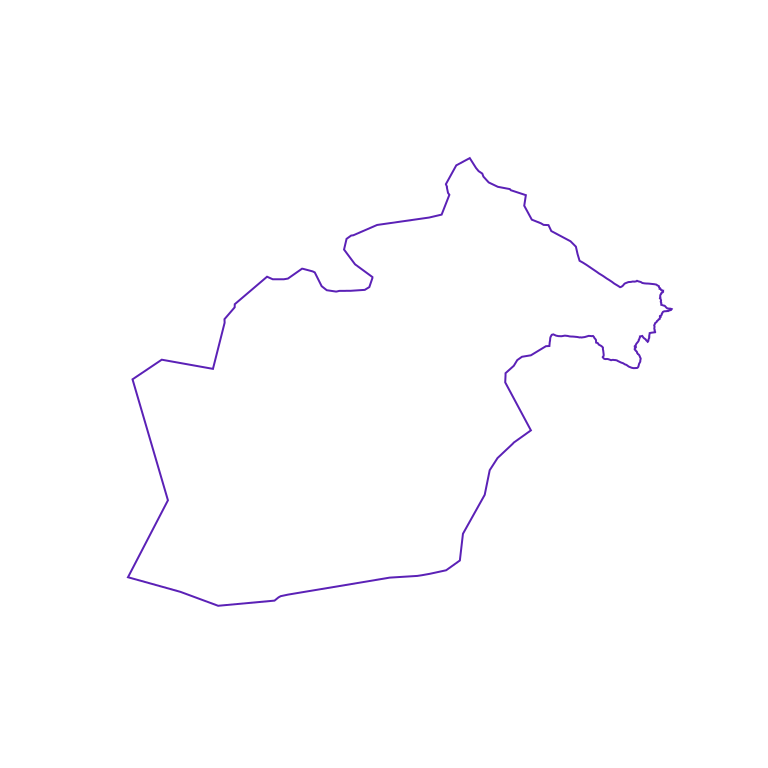 outline of Atiba, Oyo, Nigeria, rotated 255°
{"feature_id": "59680162B537197556674", "entity_name": "Atiba", "entity_type": "district", "adm_level": 2, "iso_a3": "NGA", "parent_name": "Nigeria", "parent_adm1": "Oyo", "projection": "natural_earth1", "projection_center": [3.938, 8.041], "detail": "fine", "context": "isolated", "style": "outline", "palette": "violet", "viewbox_px": 768, "rotation_deg": 255, "n_neighbors": 0, "source": "geoboundaries", "source_scale": "gbopen_adm2", "svg_char_len": 5769}
<svg xmlns="http://www.w3.org/2000/svg" viewBox="0 0 768 768"><g transform="rotate(255 384 384)"><path d="M203.1,222.2L205.2,226.9L205.8,229.3L205.4,236.8L195.5,339.4L190.0,366.5L189.5,371.0L188.8,379.2L188.0,395.8L193.9,411.6L218.9,421.5L250.9,452.6L273.4,463.8L283.1,474.5L293.2,493.3L293.8,494.1L301.2,513.9L354.2,501.5L360.8,503.6L363.0,504.2L368.0,514.1L372.6,518.9L374.6,524.3L373.7,533.3L378.6,550.2L377.9,553.6L381.5,554.9L382.9,555.6L385.4,556.5L386.5,557.2L388.1,558.8L388.1,560.4L386.2,562.7L385.1,564.9L384.2,567.8L383.9,571.2L382.9,573.8L381.8,575.9L380.8,579.1L379.4,582.8L378.3,585.1L378.2,586.0L377.8,586.8L377.4,590.0L377.5,594.2L376.7,596.5L376.5,596.8L376.3,598.3L375.2,598.9L373.8,599.2L372.9,599.7L371.8,600.1L370.9,600.0L370.0,599.8L369.1,599.6L368.2,601.0L367.5,601.4L366.7,601.5L366.0,602.1L365.6,602.6L364.5,603.7L363.5,604.4L362.6,604.9L360.7,604.4L359.6,604.4L356.2,603.9L355.0,603.7L354.5,603.4L354.2,603.3L353.5,602.3L353.3,602.2L351.6,603.0L351.1,603.6L350.6,604.8L350.5,605.9L349.9,607.1L349.1,608.3L348.2,609.5L348.2,610.7L348.0,611.6L347.6,612.5L347.2,613.7L346.5,615.1L345.8,615.7L344.7,617.0L343.4,618.5L342.2,620.3L340.4,622.0L340.1,622.6L339.5,623.3L337.5,624.9L335.6,627.4L334.7,629.2L334.0,632.5L334.1,633.1L334.7,634.0L335.6,634.6L337.3,635.5L338.2,636.3L339.1,637.2L340.0,637.6L340.6,637.7L341.1,638.0L342.0,638.5L342.6,638.5L343.3,638.3L344.5,638.2L345.8,638.0L346.7,637.5L347.2,637.0L348.1,636.8L348.6,636.5L349.0,636.6L349.6,636.6L350.1,636.4L350.4,636.2L350.9,635.8L351.6,635.7L352.2,635.2L352.5,635.1L353.0,635.2L353.1,635.3L353.3,635.6L353.6,635.8L353.7,636.1L353.9,636.2L354.0,636.1L354.3,636.0L354.3,636.3L354.5,636.3L354.5,636.5L354.8,636.4L355.0,636.6L354.9,636.9L355.1,637.0L355.3,637.0L355.4,636.9L355.6,636.5L355.8,636.3L356.0,636.6L356.4,637.2L357.4,638.0L357.8,638.5L359.0,640.2L359.8,641.1L360.2,641.4L360.7,641.5L360.8,641.7L361.4,642.2L362.6,643.0L363.1,643.6L363.7,643.6L363.7,644.1L363.6,644.4L363.6,645.2L363.6,645.3L363.6,645.7L363.6,645.9L361.8,646.5L361.5,646.7L361.3,646.8L360.8,647.1L360.0,647.8L359.5,648.2L358.1,648.7L357.1,649.4L356.5,649.6L356.6,649.9L356.7,650.0L357.1,650.4L357.9,650.8L358.3,650.9L358.5,650.9L358.8,651.2L359.4,651.7L359.9,652.1L360.0,652.2L360.6,652.2L360.8,652.2L361.1,652.5L361.3,652.6L362.0,652.7L362.8,653.1L363.0,653.2L364.1,653.7L364.4,653.8L364.4,654.2L364.4,654.7L364.3,655.9L364.1,657.1L364.0,658.4L363.9,658.7L363.8,659.1L363.8,659.3L364.0,659.4L364.4,659.3L364.9,659.3L365.2,659.3L365.5,659.2L365.7,659.3L365.8,659.4L366.0,659.4L366.2,659.5L366.6,659.4L367.5,659.4L369.2,660.1L369.8,660.2L370.5,660.1L370.8,660.2L371.1,660.5L371.5,660.9L371.6,661.0L372.3,661.4L372.6,661.6L372.8,662.1L373.0,662.6L373.1,662.8L373.2,663.1L373.7,663.7L373.9,663.8L374.1,663.9L374.2,664.4L374.4,664.7L374.5,664.8L374.6,665.1L374.8,665.4L375.0,665.8L375.4,666.1L375.4,666.6L375.4,666.9L375.5,667.2L375.7,667.3L376.2,667.4L376.4,667.5L376.7,667.8L377.0,668.1L377.1,668.5L377.3,668.5L377.5,668.5L377.6,668.4L377.7,668.2L377.9,668.0L378.1,668.0L378.3,668.2L378.4,668.5L378.3,668.8L378.3,669.3L378.4,669.5L379.0,670.1L379.3,670.3L379.6,670.4L379.7,670.5L379.9,670.5L380.1,670.6L380.3,670.8L380.5,671.2L380.9,671.6L381.2,671.8L381.4,672.0L381.5,672.3L381.6,672.8L381.7,673.5L381.6,673.8L381.4,675.0L381.3,675.6L381.2,675.8L381.2,676.2L381.3,676.5L381.2,676.8L381.0,677.0L380.9,677.2L381.0,677.9L381.1,678.3L381.3,678.6L381.2,679.5L381.2,680.3L381.6,680.9L381.7,681.1L381.9,681.3L382.5,680.4L382.7,680.0L382.8,679.6L383.3,678.2L383.5,677.7L383.8,677.2L384.3,676.8L384.9,676.4L386.5,675.6L386.9,675.3L387.1,675.1L387.3,674.5L388.0,673.5L388.2,673.2L388.7,672.3L389.4,672.5L389.6,672.5L390.2,672.8L390.5,672.8L390.6,672.7L390.8,672.8L391.0,672.7L391.6,672.6L391.9,672.6L392.0,672.7L392.1,672.9L392.4,673.0L393.2,673.3L393.5,673.2L394.0,673.2L394.3,673.2L394.5,673.2L394.9,673.1L395.0,673.1L395.4,672.7L395.6,672.8L395.7,673.1L395.8,673.2L395.9,673.3L396.1,673.3L396.3,673.4L396.5,673.3L396.8,673.4L397.4,673.5L397.7,673.7L398.1,673.8L398.3,673.9L398.4,674.0L398.7,674.2L398.9,674.4L399.1,674.6L399.1,674.8L399.3,675.0L399.8,675.2L399.8,675.5L400.0,675.6L400.3,676.0L400.4,676.6L400.4,676.8L400.5,677.1L400.7,677.4L400.8,677.5L401.0,677.5L401.3,677.5L401.4,677.4L401.6,677.5L401.6,677.4L401.7,677.5L401.9,677.4L402.1,677.2L402.3,677.2L402.5,677.0L402.6,676.8L402.7,676.6L402.8,676.4L403.1,676.0L403.3,676.0L403.6,675.9L403.8,675.9L404.2,675.6L404.4,675.2L404.6,675.4L404.9,675.5L405.1,675.4L405.3,675.3L405.7,674.8L406.4,674.7L406.9,674.8L407.3,674.8L407.6,674.7L408.1,674.0L408.5,673.5L408.8,673.4L409.5,672.8L410.4,671.0L412.5,665.6L413.0,663.9L413.7,661.9L414.7,659.7L416.0,658.5L416.8,657.2L417.4,656.1L418.2,655.1L417.9,654.3L418.0,652.6L418.6,650.8L418.7,648.9L419.2,646.5L418.8,642.8L418.2,641.6L417.2,640.3L416.5,638.6L416.4,637.1L418.3,635.4L421.4,632.4L423.7,630.6L426.2,628.4L428.3,626.4L431.5,623.7L432.9,622.4L435.2,620.2L437.3,618.5L446.9,610.2L449.9,607.4L452.4,604.8L459.4,604.6L467.0,604.9L473.6,601.1L488.4,585.2L494.9,584.0L496.4,579.3L498.5,577.3L504.5,569.3L519.9,565.6L529.7,569.9L538.4,556.6L539.7,556.0L545.0,545.0L551.6,537.3L558.6,533.7L561.8,533.4L565.1,530.5L568.8,528.8L580.0,525.3L576.5,510.4L561.0,495.5L558.0,495.9L557.6,495.6L552.0,495.3L549.8,496.1L532.7,483.5L533.1,470.7L539.4,418.5L535.6,392.8L535.9,390.7L533.9,385.4L524.2,380.2L507.1,387.0L490.3,400.5L489.3,400.2L481.4,394.9L479.9,389.8L482.6,376.2L485.5,364.9L485.6,362.0L485.9,361.1L489.4,353.0L494.6,349.1L509.7,346.0L511.2,344.3L516.2,335.6L516.6,334.7L510.7,318.5L511.1,314.2L514.0,303.6L517.9,298.8L499.7,260.5L496.7,259.6L487.9,246.7L484.4,245.9L442.9,222.7L465.0,175.6L453.6,142.3L327.6,145.2L263.6,86.7L235.9,133.6L212.7,166.4L203.1,222.2Z" fill="none" stroke="#5b21b6" stroke-width="2"/></g></svg>